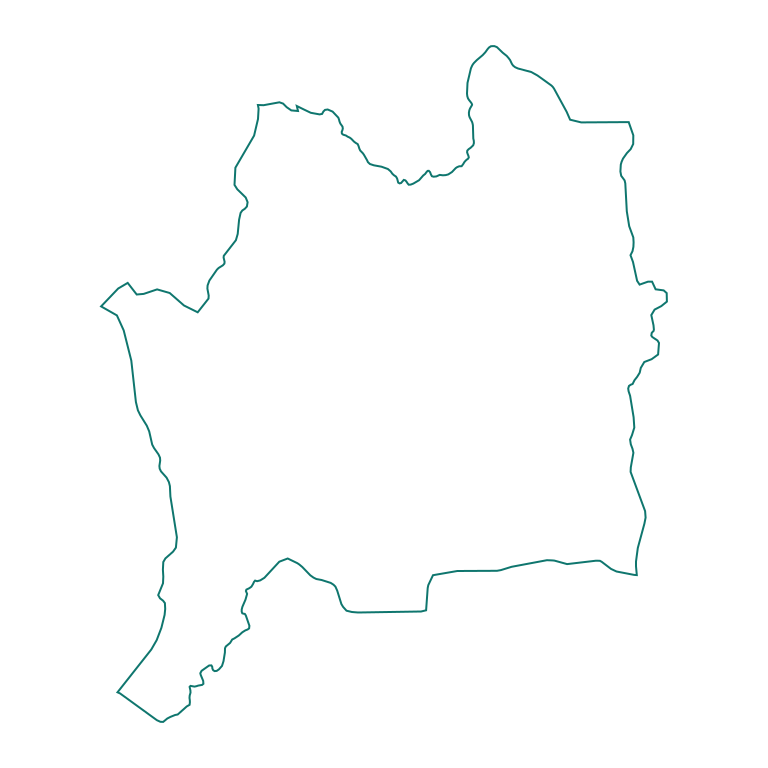 SVG path tracing the border of Dix-Huit Montagnes
{"feature_id": "CIV-3441", "entity_name": "Dix-Huit Montagnes", "entity_type": "Department", "adm_level": 1, "iso_a3": "CIV", "parent_name": "Ivory Coast", "parent_adm1": "", "projection": "robinson", "projection_center": [-7.745, 7.377], "detail": "fine", "context": "isolated", "style": "outline", "palette": "teal", "viewbox_px": 768, "rotation_deg": 0, "n_neighbors": 0, "source": "natural_earth", "source_scale": "10m", "svg_char_len": 4790}
<svg xmlns="http://www.w3.org/2000/svg" viewBox="0 0 768 768"><path d="M298.0,111.0L296.8,106.0L303.9,109.5L310.8,112.8L319.6,114.4L322.1,113.9L323.4,111.5L325.0,109.9L327.7,109.5L332.6,111.6L338.0,117.3L338.3,117.6L339.0,119.5L339.5,121.5L340.3,123.5L342.5,126.6L342.8,128.5L342.4,130.2L341.7,131.9L341.9,133.6L343.2,134.7L345.9,135.5L347.7,136.7L349.7,137.6L351.3,138.8L354.0,141.6L355.7,142.9L357.7,144.1L358.6,146.2L359.3,148.5L360.2,150.5L362.9,153.3L364.0,154.9L367.1,160.3L367.9,162.1L369.9,164.0L373.8,165.3L381.5,166.7L387.9,169.0L390.7,171.4L392.3,173.7L393.9,175.2L396.0,176.6L397.1,178.5L398.2,182.6L399.6,183.4L401.1,183.0L403.8,179.9L405.4,180.4L406.5,181.7L407.6,183.4L408.7,184.7L410.7,184.6L413.3,183.6L419.1,180.2L423.2,175.5L425.2,173.9L426.4,172.2L427.6,170.9L428.8,170.8L430.1,172.2L430.9,174.4L431.9,176.2L433.6,176.7L436.4,176.4L439.7,174.9L442.9,175.3L445.7,175.1L448.3,174.4L452.0,172.0L455.7,168.1L457.2,167.1L459.2,166.3L461.6,166.2L463.2,164.1L464.3,162.2L465.6,160.7L466.8,159.6L468.1,158.7L468.8,157.4L468.4,155.8L467.7,154.1L467.1,152.3L467.3,150.6L468.6,149.2L470.6,147.8L473.2,145.3L473.9,143.1L473.8,140.8L473.3,138.5L472.9,125.2L472.5,123.3L472.1,122.0L469.7,117.4L469.4,116.6L469.0,115.1L468.9,112.7L469.3,110.4L470.0,108.5L471.7,105.6L472.1,104.8L471.9,104.0L471.3,102.9L469.1,100.1L468.0,98.4L467.3,96.2L467.0,93.6L467.5,82.9L470.9,68.4L472.2,65.5L473.0,64.2L474.1,62.8L476.8,60.1L482.7,55.1L485.3,52.3L487.6,49.1L489.0,47.5L491.0,46.2L494.3,46.1L496.9,47.1L502.7,52.7L506.7,55.9L508.6,58.1L510.1,60.1L511.9,63.9L513.1,65.6L515.1,67.2L518.0,68.5L531.2,72.0L537.5,75.5L551.4,85.5L552.8,86.9L554.0,88.6L566.7,111.9L570.1,119.7L581.2,122.4L628.7,122.1L633.3,135.3L633.2,144.0L630.7,149.1L626.9,153.1L623.0,158.6L621.6,161.8L620.8,164.6L620.4,171.5L621.2,175.8L624.6,180.4L625.3,183.4L626.8,211.3L629.2,226.2L633.3,237.4L633.6,242.3L633.4,246.9L632.5,251.2L630.5,255.2L633.0,262.0L637.1,280.8L639.6,284.6L647.9,281.7L652.1,281.7L655.6,289.3L663.7,290.4L666.7,293.1L666.9,301.6L661.3,306.1L654.6,309.6L651.3,315.1L653.5,325.3L653.9,329.7L653.5,331.1L652.6,331.9L651.7,333.0L651.3,335.6L652.4,337.1L657.5,340.5L659.0,343.0L658.1,354.5L651.6,359.2L644.3,362.0L640.8,367.9L639.7,372.7L637.1,376.9L634.5,380.2L632.6,384.0L630.8,384.7L629.0,385.9L628.2,388.5L628.6,391.3L630.1,395.8L633.6,417.2L634.3,427.6L632.0,435.1L630.1,439.6L630.8,444.3L632.5,448.8L633.4,452.8L630.8,467.4L630.6,471.9L645.1,511.1L645.6,517.6L644.4,523.7L637.8,548.0L636.0,561.5L636.0,566.3L636.8,575.1L634.2,574.9L616.5,571.5L611.0,568.9L601.7,561.8L599.9,560.8L596.0,560.7L567.1,564.1L554.4,560.6L552.1,560.4L546.9,560.2L511.6,566.8L500.9,570.1L497.0,570.8L457.3,571.0L433.0,575.2L428.3,585.1L427.7,588.0L426.1,610.3L421.1,611.5L358.1,612.5L351.9,612.0L346.5,610.7L343.1,606.9L341.4,604.1L337.2,590.6L335.4,586.6L333.5,584.7L330.7,582.9L321.6,580.0L316.3,579.0L313.5,577.6L310.3,575.3L302.3,567.0L299.3,564.5L297.4,563.2L287.7,558.5L279.3,561.7L264.4,577.8L260.2,580.4L257.1,581.2L255.1,580.6L254.0,581.9L253.0,584.1L251.4,586.7L249.3,588.2L246.4,589.6L245.9,591.0L247.1,593.9L245.5,599.6L242.4,606.8L241.7,609.5L241.7,611.7L242.3,613.3L243.5,613.7L244.8,613.9L245.8,615.4L249.4,625.8L249.1,628.4L247.6,629.5L245.3,630.4L242.3,632.3L238.8,635.5L234.4,638.4L232.2,639.5L230.1,642.9L225.8,646.5L225.0,648.3L224.9,652.5L223.5,661.2L222.0,665.9L219.0,669.3L216.7,670.9L214.6,671.1L213.2,670.2L212.4,668.6L212.2,666.7L211.4,665.4L209.1,665.5L201.6,670.8L200.3,673.2L200.7,674.9L203.2,680.9L203.4,683.8L202.1,684.9L198.2,685.6L196.4,686.2L194.5,686.6L190.5,685.9L189.6,686.9L190.4,690.4L190.5,692.7L189.7,695.5L189.5,697.9L189.8,700.1L189.9,702.2L189.6,704.8L186.8,706.4L177.7,714.5L175.1,715.0L170.4,716.9L167.3,718.5L163.2,721.9L160.4,721.8L156.9,720.2L120.0,693.4L117.5,692.3L151.3,649.5L156.7,640.1L161.4,627.8L164.6,614.9L165.2,608.9L164.9,603.1L163.1,600.7L160.0,598.3L158.2,595.1L163.0,583.3L163.3,576.6L162.9,569.6L163.3,562.0L165.4,558.4L173.1,551.6L175.9,547.6L176.9,537.3L170.4,496.5L169.9,486.1L168.9,482.1L166.6,477.7L161.0,471.4L159.7,468.7L159.4,466.0L160.2,460.6L160.0,457.7L158.5,454.4L154.0,448.0L152.2,444.6L149.2,431.4L146.8,425.7L140.4,415.4L137.9,410.3L135.9,402.0L131.3,360.6L123.7,330.4L116.9,315.4L101.1,306.4L118.2,288.5L127.7,282.9L136.7,294.5L143.7,293.9L157.1,289.4L169.7,293.0L184.0,305.5L197.7,312.3L208.5,298.6L208.7,295.6L207.4,288.6L207.6,285.4L209.4,280.5L216.9,269.7L218.6,268.0L222.9,265.3L224.4,263.6L224.6,261.8L223.6,257.6L223.8,255.8L235.9,240.2L237.7,234.0L239.1,219.7L240.6,212.9L242.3,210.5L244.8,208.8L246.9,206.5L247.6,202.2L245.7,197.5L237.3,189.3L234.5,184.9L235.4,167.7L254.1,135.6L258.0,119.0L258.6,108.6L257.9,105.0L263.6,105.2L279.4,102.3L283.1,103.6L286.7,107.2L291.3,110.4L298.0,111.0Z" fill="none" stroke="#0f766e" stroke-width="2"/></svg>